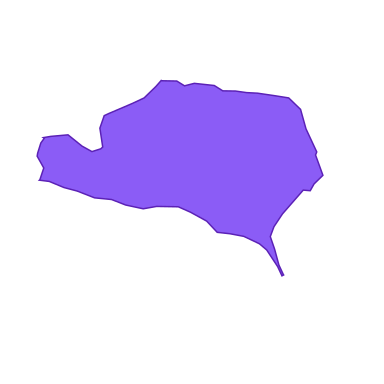 the district of Prastio Pafou, Paphos, Cyprus, rotated 245°
{"feature_id": "46923920B40507921688401", "entity_name": "Prastio Pafou", "entity_type": "district", "adm_level": 2, "iso_a3": "CYP", "parent_name": "Cyprus", "parent_adm1": "Paphos", "projection": "orthographic", "projection_center": [32.693, 34.785], "detail": "fine", "context": "isolated", "style": "filled", "palette": "violet", "viewbox_px": 384, "rotation_deg": 245, "n_neighbors": 0, "source": "geoboundaries", "source_scale": "gbopen_adm2", "svg_char_len": 945}
<svg xmlns="http://www.w3.org/2000/svg" viewBox="0 0 384 384"><g transform="rotate(245 192 192)"><path d="M267.2,58.7L261.9,67.1L250.2,77.8L241.5,88.2L227.9,101.2L219.2,115.9L208.3,126.3L197.4,140.7L193.9,153.8L184.4,173.3L174.3,182.1L159.4,193.0L144.8,197.8L138.1,208.8L129.9,220.2L116.6,231.2L107.9,235.2L88.2,238.1L78.0,238.1L78.1,240.0L78.8,239.9L89.1,239.9L105.2,242.7L118.5,244.1L125.9,251.6L133.9,264.7L146.7,293.6L143.2,299.7L147.7,306.0L151.8,317.7L173.3,319.6L175.6,322.0L201.1,322.0L221.0,325.3L236.4,319.4L244.3,307.7L253.9,293.1L259.0,283.5L265.1,274.1L270.7,262.6L279.1,257.2L289.5,240.0L291.4,230.1L299.0,225.1L305.9,211.0L306.0,211.0L302.9,203.9L297.5,188.4L297.5,174.3L298.3,149.7L298.3,144.7L288.8,135.5L270.5,130.1L269.7,127.6L270.9,118.4L280.1,111.7L296.2,103.8L302.1,87.5L304.1,80.3L303.2,80.9L300.3,75.7L292.4,68.5L289.9,66.8L276.4,67.8L267.4,59.3L267.2,58.7Z" fill="#8b5cf6" stroke="#5b21b6" stroke-width="1.5"/></g></svg>